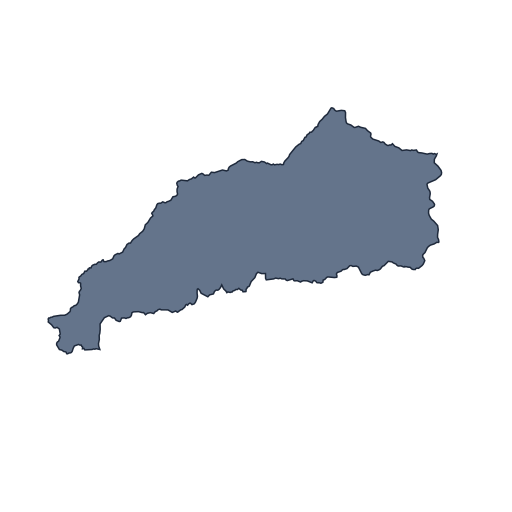 the district of Pallasca, Áncash, Peru, rotated 27°
{"feature_id": "86281439B95280421583989", "entity_name": "Pallasca", "entity_type": "district", "adm_level": 2, "iso_a3": "PER", "parent_name": "Peru", "parent_adm1": "Áncash", "projection": "natural_earth1", "projection_center": [-77.926, -8.372], "detail": "fine", "context": "isolated", "style": "filled", "palette": "slate", "viewbox_px": 512, "rotation_deg": 27, "n_neighbors": 0, "source": "geoboundaries", "source_scale": "gbopen_adm2", "svg_char_len": 6108}
<svg xmlns="http://www.w3.org/2000/svg" viewBox="0 0 512 512"><g transform="rotate(27 256 256)"><path d="M300.9,260.7L301.8,260.6L303.9,259.3L307.5,259.0L308.3,257.6L309.6,256.4L313.0,254.9L318.2,254.4L318.3,252.0L318.8,251.4L320.7,251.3L322.2,252.1L323.6,251.7L324.0,251.2L326.2,250.8L327.5,249.1L326.8,246.9L327.9,245.8L328.7,243.0L329.5,242.0L335.7,239.6L337.6,238.3L337.2,237.0L335.8,235.5L335.9,233.8L338.7,230.9L339.3,229.0L339.9,228.3L340.5,228.2L342.8,225.9L343.9,222.2L345.1,221.3L347.0,221.3L350.0,219.4L352.3,219.4L358.3,223.8L359.8,224.1L362.1,223.6L364.0,221.8L365.2,221.5L365.3,218.5L367.2,216.1L369.0,214.3L370.6,213.9L371.8,212.6L372.7,211.1L373.3,207.8L374.5,206.4L376.3,200.7L379.9,199.5L381.5,199.8L384.5,199.6L385.7,200.2L387.2,200.4L389.6,199.0L392.7,198.7L393.2,198.4L393.4,197.7L394.3,197.7L395.1,197.1L396.3,197.0L398.4,196.1L401.0,196.9L402.4,196.6L404.0,195.8L404.1,194.7L404.8,193.8L406.4,193.2L408.3,189.1L408.7,187.2L408.5,183.5L406.4,181.8L405.3,181.5L404.2,179.7L404.1,178.9L405.0,176.2L404.9,171.1L405.3,169.4L406.4,167.2L409.3,164.3L410.9,161.7L412.4,161.1L412.6,160.5L411.2,158.5L409.3,157.0L408.0,154.3L406.5,149.9L404.0,146.4L398.5,144.2L395.5,143.6L391.9,141.2L390.3,139.5L389.0,136.7L389.0,135.3L391.6,131.8L392.1,130.6L391.8,129.2L391.2,128.6L388.4,127.1L385.1,126.7L384.1,125.1L383.0,121.5L382.0,119.9L380.8,118.9L378.3,117.6L375.8,114.5L375.8,113.5L376.4,112.5L381.4,106.5L383.9,100.7L384.1,99.1L383.5,97.4L382.0,95.7L377.3,93.3L372.5,92.0L371.0,88.8L371.2,84.8L370.9,83.0L370.5,83.6L368.5,83.7L367.7,84.7L366.1,84.7L364.1,85.9L362.3,87.5L356.9,88.9L354.1,90.0L352.9,90.0L350.8,88.7L348.2,90.5L346.6,90.8L345.9,91.9L342.0,93.1L338.2,95.7L334.2,94.8L329.9,95.3L326.6,94.0L326.0,95.7L324.5,96.5L323.8,97.4L322.9,97.8L320.4,97.6L318.4,96.7L317.1,96.8L315.7,98.2L313.2,97.8L307.0,98.8L304.3,98.0L303.7,97.3L303.1,95.2L302.4,94.4L298.4,93.7L295.6,92.6L290.8,93.8L288.4,93.9L286.0,96.4L285.1,96.9L281.1,96.2L277.5,96.7L276.3,96.4L275.2,95.3L272.9,92.1L270.7,87.6L269.1,86.3L265.9,87.5L261.9,90.5L259.7,90.2L258.3,89.3L256.3,89.5L255.7,90.2L255.2,97.1L253.6,100.5L252.9,104.1L251.7,107.2L251.6,110.6L252.2,112.6L251.5,113.1L251.2,114.0L250.7,114.1L250.4,114.6L250.0,118.2L249.5,119.3L249.3,120.4L247.7,121.4L247.8,122.5L246.5,124.8L246.6,127.3L245.7,128.1L245.7,131.7L244.7,133.2L244.8,135.5L243.6,137.0L241.9,140.8L239.9,150.3L240.2,152.2L240.0,153.7L238.6,158.3L238.5,160.3L238.9,162.0L237.6,162.9L235.8,163.1L234.8,164.2L233.1,164.8L231.1,166.4L229.7,166.2L229.0,167.3L228.1,167.9L224.0,168.0L223.5,168.8L220.9,168.4L217.9,169.2L216.6,171.5L215.0,172.2L214.0,172.2L212.7,173.4L210.3,173.5L208.4,174.6L205.2,175.4L202.2,175.1L199.5,176.6L196.9,180.3L196.2,182.2L192.5,187.3L191.8,188.9L191.7,190.4L192.2,192.1L191.1,193.6L187.1,194.6L181.2,200.5L178.2,201.6L177.4,205.2L177.0,205.7L175.6,206.1L173.7,207.5L171.3,206.9L170.2,207.0L167.9,209.8L166.6,213.9L165.8,214.3L164.6,214.0L163.4,216.7L161.9,218.1L160.9,220.1L154.8,222.4L153.8,223.9L152.9,224.5L152.3,226.1L152.4,227.2L153.8,228.8L155.0,229.4L155.3,232.2L156.5,234.6L158.0,236.4L158.0,237.6L157.2,239.3L155.1,240.9L154.8,245.0L153.1,247.2L152.2,247.9L151.5,249.4L150.7,249.9L148.3,250.1L147.1,252.3L145.9,252.8L144.6,254.0L144.4,255.5L144.9,258.7L144.4,260.8L144.5,262.6L143.8,264.2L143.7,265.3L145.6,266.6L145.9,267.3L144.8,270.0L144.4,275.3L143.2,278.4L144.1,282.6L143.8,285.4L142.2,289.0L142.0,291.1L139.3,296.2L138.6,298.4L138.3,301.5L137.0,302.1L135.8,304.3L135.9,307.7L135.3,309.3L135.4,313.1L133.1,316.3L131.8,316.4L129.9,318.9L129.4,320.2L129.6,323.6L127.9,326.3L125.8,328.0L125.1,329.0L123.2,330.0L122.5,329.8L121.7,328.8L121.4,328.8L120.9,329.6L120.5,331.9L118.6,332.7L117.9,334.1L117.5,335.9L116.2,336.5L114.6,338.4L114.2,339.7L114.4,341.5L112.9,342.2L113.1,343.2L112.3,343.7L112.4,344.4L111.9,346.5L110.4,347.2L110.4,349.9L109.2,351.5L108.9,353.4L108.0,355.0L108.0,355.5L108.7,356.7L108.8,359.7L110.0,360.4L111.2,359.8L112.1,359.9L113.3,362.3L115.0,364.2L115.1,366.3L114.7,367.7L114.9,368.9L116.5,370.7L118.7,377.9L118.4,380.3L117.8,381.8L116.6,382.8L115.7,385.0L115.0,385.6L114.6,387.1L115.5,389.3L115.5,390.1L114.1,393.5L112.5,395.6L108.7,397.6L102.9,401.8L102.1,403.1L101.1,403.6L100.2,405.1L99.5,405.3L99.4,406.5L100.4,407.7L100.8,409.1L105.1,410.1L108.4,411.7L109.8,411.3L111.1,409.9L113.9,410.3L117.0,414.4L116.7,416.3L117.9,416.9L118.4,417.6L118.8,421.6L118.1,422.7L118.0,424.2L118.7,425.7L123.3,428.6L125.6,428.0L128.2,428.4L129.9,427.8L130.7,428.0L131.6,429.0L132.5,428.7L133.5,427.3L134.7,426.5L135.3,425.7L135.5,424.3L135.0,421.3L135.0,418.6L138.0,415.4L139.7,415.3L140.7,414.7L141.6,415.5L142.7,415.7L143.5,417.5L144.6,416.5L146.1,417.4L152.3,413.8L153.6,412.5L154.8,412.2L155.5,411.2L159.3,410.2L156.8,407.8L155.4,405.5L154.3,401.5L152.3,397.9L151.9,395.7L150.5,392.2L147.9,387.3L148.9,379.8L151.9,376.0L153.5,375.8L156.2,376.3L158.1,375.5L160.5,376.8L163.9,376.5L164.7,375.8L164.4,372.4L166.7,370.9L168.5,370.7L169.7,369.2L170.6,368.8L171.8,367.1L171.9,365.4L171.2,362.8L172.2,361.4L176.6,358.9L180.4,358.1L181.5,357.4L184.2,358.5L185.2,356.4L187.6,354.4L191.0,353.7L191.5,351.3L192.7,349.8L193.2,348.2L194.5,347.0L196.0,347.0L202.0,344.0L207.0,344.3L209.4,341.5L211.4,341.8L211.8,341.4L213.4,338.1L214.3,337.4L215.7,333.9L215.6,331.7L216.0,330.8L217.4,330.9L217.6,329.4L218.5,328.0L219.1,327.8L221.0,328.4L222.7,326.6L223.0,324.5L222.7,320.3L222.1,318.4L220.4,315.9L219.0,313.0L218.8,312.2L219.2,311.5L221.4,312.1L224.0,314.1L231.6,314.2L232.3,311.7L235.3,309.1L235.1,306.6L235.6,305.0L236.2,304.3L237.5,303.8L238.2,302.6L238.7,300.2L238.6,297.3L242.1,300.0L245.1,300.9L246.7,301.9L247.2,300.8L249.6,300.2L250.2,299.4L251.0,299.1L251.4,297.5L252.7,296.3L253.2,295.0L254.7,294.3L255.4,292.6L257.8,293.2L259.3,292.8L260.7,293.8L262.9,292.5L263.2,292.2L262.3,290.1L262.6,288.8L262.5,287.5L263.3,286.7L263.7,285.8L263.3,281.0L264.8,275.8L264.4,271.6L265.1,269.6L269.1,269.1L272.4,267.3L274.7,271.6L276.0,272.6L282.1,268.4L283.6,266.7L286.4,266.0L287.6,264.8L289.3,264.7L292.4,263.2L293.8,263.8L295.0,263.7L299.3,259.6L300.9,260.7Z" fill="#64748b" stroke="#1e293b" stroke-width="1.5"/></g></svg>